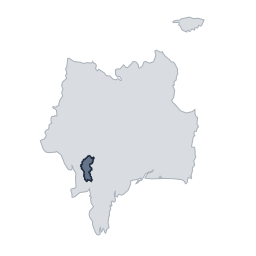 Orne highlighted on a map of France, rotated 263°
{"feature_id": "FRA-5332", "entity_name": "Orne", "entity_type": "Metropolitan department", "adm_level": 1, "iso_a3": "FRA", "parent_name": "France", "parent_adm1": "", "projection": "equal_earth", "projection_center": [0.157, 48.576], "detail": "fine", "context": "in_parent", "style": "filled", "palette": "slate", "viewbox_px": 256, "rotation_deg": 263, "n_neighbors": 0, "source": "natural_earth", "source_scale": "10m", "svg_char_len": 5711}
<svg xmlns="http://www.w3.org/2000/svg" viewBox="0 0 256 256"><g transform="rotate(263 128 128)"><path d="M198.3,101.1L196.6,102.0L195.6,103.6L194.6,104.0L192.6,104.0L191.6,103.0L189.3,103.7L188.4,104.7L189.9,106.0L185.4,111.4L182.5,112.8L181.9,116.3L178.5,118.9L177.3,121.7L177.2,122.2L178.1,123.2L177.8,125.0L176.1,126.1L176.1,127.3L176.6,127.5L179.3,126.5L180.3,125.5L179.7,124.0L182.4,122.2L187.3,122.6L188.0,125.0L187.5,127.1L191.2,131.4L188.2,133.5L188.0,134.8L191.4,139.3L193.4,141.1L192.5,144.1L189.2,146.0L187.0,145.8L186.1,146.3L186.2,147.2L187.8,149.9L191.5,151.7L192.1,153.7L191.2,154.5L189.6,157.6L190.4,159.1L190.1,159.8L190.5,160.8L191.5,161.9L196.7,164.5L201.2,164.0L201.9,165.5L199.2,169.6L199.5,171.5L198.1,171.5L197.8,172.1L195.1,173.5L190.6,177.6L188.5,178.9L187.8,181.0L186.5,182.1L180.0,184.5L178.8,184.0L175.6,184.0L173.6,182.5L169.7,181.6L168.4,179.4L164.8,179.0L164.6,177.5L159.6,178.9L152.5,176.9L150.0,174.7L148.0,175.3L146.2,177.2L138.7,182.2L135.8,187.5L136.4,193.6L138.2,196.7L133.6,196.2L130.8,197.1L130.1,198.4L123.5,196.9L121.1,198.1L120.4,198.0L119.6,196.8L116.3,195.3L116.8,194.3L116.4,193.4L113.3,192.7L112.3,193.5L111.1,191.7L102.6,189.0L101.3,189.0L100.7,191.8L95.3,191.7L94.5,191.2L91.0,191.8L87.2,189.2L83.0,189.7L80.5,187.0L78.0,186.8L74.5,185.5L73.0,184.8L72.7,184.0L71.7,185.2L70.4,184.9L70.1,184.6L71.0,183.1L71.2,181.4L66.8,180.1L65.7,178.9L65.7,178.2L68.0,177.6L70.1,175.3L72.2,166.7L73.7,156.7L74.8,154.8L76.2,154.2L75.1,152.9L73.8,154.7L74.6,145.5L76.2,138.7L79.8,141.5L80.7,142.7L81.7,146.8L83.8,148.5L82.4,146.8L81.2,141.4L80.3,139.8L74.6,135.3L74.4,134.3L76.9,134.8L75.9,131.4L75.4,124.4L71.9,123.7L66.4,120.7L62.6,115.3L62.2,113.3L63.2,111.2L62.4,109.8L60.8,108.9L62.0,107.1L63.2,106.9L67.2,107.9L63.9,106.2L58.6,106.8L56.5,106.2L56.1,105.0L57.6,103.3L55.8,102.3L52.8,102.6L52.4,102.1L53.4,101.0L52.6,100.6L50.1,101.0L48.7,100.6L47.4,99.3L43.4,99.0L42.6,98.3L37.1,96.7L31.4,97.0L29.8,94.4L26.3,93.1L27.1,92.3L30.6,91.5L31.3,90.8L28.8,89.7L27.9,88.6L32.6,88.4L30.5,87.3L25.9,87.3L25.4,85.8L26.0,84.2L28.7,82.8L35.3,81.2L40.1,81.2L43.5,79.3L46.8,78.8L50.0,79.7L54.2,84.2L57.7,82.3L62.8,82.3L63.8,83.4L65.2,81.4L66.3,82.6L72.5,82.2L71.1,81.4L69.9,79.5L69.8,72.4L66.6,67.4L65.9,65.5L66.1,64.0L69.8,64.3L72.9,63.6L74.3,64.0L74.7,67.3L75.9,69.2L84.5,69.8L89.4,70.8L93.5,68.9L97.4,68.1L97.7,67.7L95.5,67.8L93.4,67.1L93.2,66.2L94.2,63.6L100.1,60.8L108.8,58.5L111.0,56.9L113.5,54.0L112.9,53.3L113.3,45.6L114.5,43.0L117.7,41.2L126.1,39.4L127.1,41.8L127.1,43.2L129.4,45.4L130.5,46.0L134.1,44.9L135.9,46.9L136.5,49.2L140.9,50.1L142.2,53.1L143.0,52.4L145.8,52.6L147.1,52.8L148.9,54.1L148.4,55.9L149.2,56.8L148.5,58.4L149.1,59.1L154.1,59.1L155.6,58.4L156.3,56.7L157.8,55.8L158.4,56.1L157.5,59.1L158.2,59.9L158.7,62.1L160.6,62.3L164.4,64.1L167.6,67.0L171.5,66.5L174.6,68.2L177.8,67.3L180.8,68.2L181.9,69.1L184.8,73.2L186.9,72.4L188.5,72.8L189.0,74.0L194.7,73.3L195.8,74.5L197.0,74.9L204.3,76.5L204.5,78.0L200.5,82.5L199.0,88.8L197.8,91.0L197.4,92.7L197.8,93.8L197.7,95.5L197.0,99.7L197.6,100.9L198.3,101.1ZM229.0,189.6L228.7,192.4L229.9,194.4L230.6,202.4L228.6,206.3L228.4,211.0L225.9,216.6L221.6,214.1L220.2,212.7L221.3,210.6L218.8,209.4L219.3,207.3L219.0,206.3L217.2,206.2L217.1,205.6L218.3,204.0L218.3,203.0L216.6,201.8L216.2,200.7L217.7,199.5L217.0,198.3L216.1,198.1L218.1,194.4L219.5,193.3L222.8,192.3L224.1,190.9L226.3,191.7L226.6,191.3L227.1,185.6L227.8,185.5L228.6,186.3L229.0,189.6ZM74.9,131.8L74.4,133.4L72.2,130.7L71.9,129.2L74.9,131.8Z" fill="#d9dde1" stroke="#a8b0b8" stroke-width="1"/><path d="M79.6,84.9L80.0,84.4L80.7,83.8L81.0,83.2L81.2,82.9L81.1,82.7L81.0,82.3L81.0,82.1L81.1,81.9L81.4,81.6L80.3,80.9L80.0,80.8L80.0,80.4L80.3,80.3L80.7,79.9L80.9,79.8L81.8,79.6L82.0,79.4L81.9,79.2L82.0,78.9L82.4,78.8L82.9,79.0L83.1,79.0L84.9,78.6L85.5,78.3L86.0,78.3L86.2,78.5L86.6,78.9L86.8,79.0L87.0,79.0L87.1,78.9L87.1,78.7L87.3,78.6L89.7,79.1L92.4,77.8L93.1,76.9L93.4,76.9L93.5,77.0L93.7,77.3L93.8,77.3L94.2,77.1L94.3,77.1L94.8,77.1L95.0,77.0L95.1,76.9L95.2,76.7L95.4,76.6L95.6,76.5L95.7,76.8L95.9,76.9L96.2,77.0L96.4,77.0L96.9,76.7L97.1,76.7L97.4,77.0L97.1,77.6L97.2,77.8L97.3,77.9L97.5,78.1L97.8,78.1L98.1,78.1L99.1,78.4L99.3,78.4L99.6,78.2L99.9,78.2L100.0,78.3L100.1,78.5L100.8,79.5L101.0,79.6L101.7,79.8L101.8,79.9L101.9,80.0L102.0,80.1L102.1,80.3L102.2,80.5L102.1,80.8L101.9,81.0L101.9,81.3L102.0,81.4L102.1,81.5L102.3,81.7L102.5,81.8L103.0,82.0L103.1,82.8L103.2,83.0L103.5,83.4L103.6,83.6L104.0,83.8L104.8,84.5L104.9,84.8L104.8,85.0L104.8,85.3L104.9,85.6L105.0,85.7L105.1,85.8L105.3,86.0L105.2,86.2L105.1,86.3L105.0,86.6L104.9,86.8L104.4,87.2L104.1,87.4L103.2,87.8L102.7,87.8L102.5,88.0L102.4,88.2L102.5,88.4L102.6,88.5L102.8,88.7L102.8,88.8L102.7,89.0L102.7,89.3L102.8,89.4L103.0,89.8L103.2,90.1L103.0,90.3L102.9,90.4L102.8,90.5L102.4,90.6L102.1,90.5L101.8,90.4L101.6,90.2L101.2,89.7L100.9,89.4L100.6,89.3L100.0,89.4L98.8,89.1L98.6,89.0L98.6,88.9L98.6,88.7L98.5,88.4L98.4,88.3L98.1,88.4L97.8,88.4L97.4,88.2L97.2,88.0L97.1,87.9L97.0,87.6L96.9,87.5L96.8,87.2L96.8,86.7L96.9,86.2L96.8,85.8L96.7,85.7L96.0,85.4L95.7,85.4L94.3,85.6L94.1,85.8L93.9,85.8L93.6,86.0L93.4,86.3L93.2,86.5L92.9,86.5L92.7,86.7L92.6,87.0L92.3,87.1L92.1,87.0L91.9,86.9L91.7,86.9L90.9,87.0L90.9,86.1L90.7,85.8L90.4,85.8L90.2,85.7L89.5,85.1L89.4,84.8L89.3,84.6L89.4,84.3L89.4,84.2L88.4,83.8L88.2,84.0L88.3,84.1L88.3,84.3L88.2,84.4L88.1,84.5L87.9,84.6L87.6,84.6L87.4,84.6L87.2,84.7L87.1,84.8L86.9,85.0L86.7,85.0L85.8,84.8L85.1,84.8L84.9,84.8L84.7,84.9L84.2,85.3L83.9,85.5L82.7,85.7L82.4,85.4L81.6,85.5L81.4,85.7L81.4,85.8L81.1,86.0L81.0,85.9L80.9,85.8L80.8,85.7L80.7,85.7L80.4,85.8L80.3,85.7L80.2,85.6L80.0,85.3L79.9,85.0L79.6,84.9Z" fill="#64748b" stroke="#1e293b" stroke-width="1.5"/></g></svg>